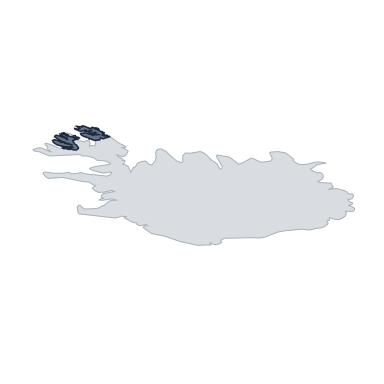 location of Ísafjarðarbær, Vestfirðir, Iceland, rotated 8°
{"feature_id": "244011B55108803715122", "entity_name": "Ísafjarðarbær", "entity_type": "district", "adm_level": 2, "iso_a3": "ISL", "parent_name": "Iceland", "parent_adm1": "Vestfirðir", "projection": "equal_earth", "projection_center": [-22.968, 66.078], "detail": "fine", "context": "in_parent", "style": "filled", "palette": "slate", "viewbox_px": 384, "rotation_deg": 8, "n_neighbors": 0, "source": "geoboundaries", "source_scale": "gbopen_adm2", "svg_char_len": 8793}
<svg xmlns="http://www.w3.org/2000/svg" viewBox="0 0 384 384"><g transform="rotate(8 192 192)"><path d="M293.3,149.5L296.7,149.6L302.2,148.5L310.0,145.3L313.3,144.6L321.0,144.6L311.9,147.7L308.6,151.1L306.2,152.8L306.3,153.5L313.0,155.6L316.1,155.0L317.5,155.2L318.9,156.2L319.9,158.2L319.5,160.2L317.7,162.3L315.3,164.0L315.7,164.5L317.8,164.8L328.6,163.8L330.0,166.3L331.1,167.1L330.8,168.0L326.7,170.7L331.7,169.0L335.7,168.5L342.6,169.4L345.5,170.4L347.3,172.1L350.7,171.6L352.4,172.6L352.5,173.6L351.2,176.5L347.3,178.0L349.9,180.1L352.0,180.1L352.4,180.6L352.3,181.9L349.2,183.3L354.6,185.0L355.3,185.6L355.2,187.5L354.4,188.5L352.8,189.2L349.1,189.3L346.9,190.0L347.7,191.1L347.3,194.3L344.5,197.0L341.9,198.4L339.2,199.3L331.6,198.3L332.1,200.5L329.5,201.9L330.1,203.1L331.1,203.7L330.7,205.2L327.5,208.3L325.2,209.4L320.4,210.6L313.6,213.4L306.5,213.4L289.4,217.5L282.6,219.7L270.7,226.4L265.6,228.1L256.7,229.0L230.2,233.4L227.3,236.0L227.2,236.6L228.4,237.6L226.5,239.5L222.5,240.8L220.6,240.8L217.2,239.7L216.8,240.2L218.2,241.7L205.1,244.0L186.9,242.7L170.7,239.5L157.9,238.8L148.8,234.2L148.6,233.5L149.5,232.2L152.7,231.6L151.2,230.2L145.8,232.6L144.0,232.5L141.7,231.5L141.6,230.6L137.0,230.2L129.2,227.3L128.6,226.7L130.4,225.8L130.1,225.6L125.8,225.7L119.7,228.4L83.2,229.4L82.0,228.0L80.4,222.8L81.7,220.7L83.2,220.9L87.5,223.8L97.3,222.2L101.2,221.1L104.9,218.3L106.9,217.4L109.9,213.8L112.8,211.6L119.0,210.6L113.5,210.0L104.3,212.8L101.2,212.8L102.7,211.6L105.8,210.2L103.6,210.1L102.8,209.4L102.7,208.1L104.3,206.0L115.1,202.3L112.5,201.5L105.1,204.4L99.6,205.4L95.1,204.1L93.0,202.3L93.1,201.6L95.7,199.3L95.3,198.9L93.5,198.7L88.7,196.6L81.1,196.8L62.2,195.6L48.0,198.5L44.6,197.1L41.9,194.3L42.4,193.2L44.9,192.6L51.9,192.7L62.1,191.3L66.7,189.7L68.5,190.1L69.4,190.9L75.7,189.6L79.0,188.2L84.7,188.9L105.9,188.1L108.6,186.2L109.7,184.0L109.2,183.5L101.4,185.6L99.6,185.5L90.6,184.4L87.4,183.2L88.4,182.2L93.2,180.1L105.3,176.5L107.0,175.8L107.2,174.9L102.3,173.4L93.2,173.8L90.9,172.0L83.3,171.0L78.3,171.6L75.6,170.5L45.8,176.2L36.2,173.6L29.3,173.2L28.7,172.4L32.7,169.9L35.5,169.4L38.2,169.6L43.5,171.4L47.1,171.9L42.6,169.4L42.4,166.9L41.0,166.3L39.6,164.7L40.2,164.1L45.6,164.5L54.3,167.3L58.6,166.8L64.2,165.0L51.7,164.0L47.9,161.8L50.7,160.6L57.1,160.8L49.9,157.0L49.6,156.3L50.8,154.6L59.8,156.1L55.1,153.8L54.9,153.3L56.3,152.9L57.0,151.5L59.3,151.0L63.8,151.5L70.8,154.1L71.8,154.8L72.1,157.4L74.9,157.0L78.2,157.4L80.9,155.6L82.8,156.0L84.3,157.6L84.1,161.2L86.0,159.9L89.3,159.8L89.8,156.9L89.1,154.6L78.4,151.9L74.2,150.0L74.7,149.3L76.8,148.7L87.9,148.3L83.1,147.1L82.0,146.0L73.5,146.4L69.2,145.9L69.1,145.3L70.8,144.5L76.0,142.7L85.7,142.5L89.6,143.0L97.2,147.0L103.2,148.6L113.4,154.0L119.9,156.0L120.2,156.6L119.2,157.2L116.7,157.9L120.5,158.9L122.9,160.3L123.1,160.9L121.0,165.3L118.6,166.7L112.6,165.9L114.0,167.3L118.3,168.8L119.3,169.6L118.7,170.4L120.7,170.2L121.4,170.6L120.5,173.1L119.4,174.0L123.0,174.5L125.5,175.8L128.6,180.9L130.1,177.0L130.9,175.5L132.4,175.0L134.1,171.0L138.1,168.7L141.8,167.8L145.7,170.6L148.5,170.9L151.3,166.0L151.6,162.5L150.6,158.6L151.1,155.8L152.9,154.1L155.4,153.6L160.8,155.3L165.4,159.1L172.3,163.3L177.1,164.4L177.9,164.3L178.7,162.9L177.8,157.4L179.9,154.4L185.4,153.7L193.7,151.0L195.7,150.9L199.9,152.5L207.5,158.0L212.9,160.6L215.9,164.7L217.2,165.5L218.3,164.2L218.3,162.4L211.5,153.8L211.4,152.7L211.9,151.8L223.5,152.2L226.1,153.2L234.4,158.0L238.2,156.0L245.7,150.3L248.4,150.5L255.2,152.8L257.8,152.6L265.5,150.5L267.0,147.9L263.4,142.5L264.7,141.4L271.8,140.0L279.6,140.3L288.0,145.3L288.5,147.6L293.3,149.5Z" fill="#d9dde1" stroke="#a8b0b8" stroke-width="1"/><path d="M56.6,151.1L55.6,151.7L54.8,151.9L54.8,152.1L55.0,152.2L56.6,152.2L57.2,152.3L57.2,152.5L58.6,152.6L59.2,152.8L59.7,153.3L61.2,153.8L61.9,154.2L59.7,153.6L58.4,153.0L56.5,152.5L55.6,152.9L53.7,153.0L53.1,153.0L53.5,153.6L55.2,154.2L56.4,154.8L57.3,155.1L57.5,155.4L57.6,155.2L58.1,155.2L60.1,155.9L60.5,156.1L60.6,156.4L60.8,156.6L60.7,156.9L61.0,156.9L61.2,157.0L61.3,157.1L62.0,157.3L61.8,157.3L62.0,157.3L61.8,157.3L61.1,157.3L60.8,157.3L60.3,157.1L60.0,157.1L59.9,156.9L60.1,156.9L60.3,157.0L60.2,156.6L60.5,156.4L60.1,156.6L59.8,156.2L60.0,156.0L59.9,156.0L59.7,156.0L59.8,156.2L59.7,156.2L59.4,156.3L55.7,155.7L52.7,154.9L51.7,155.0L50.1,154.6L49.4,154.7L48.9,155.2L48.8,155.5L48.4,155.7L48.4,155.9L48.9,156.3L48.6,156.6L49.3,156.8L50.2,157.5L51.0,157.9L51.5,158.0L52.0,158.3L53.6,159.0L54.7,159.3L54.9,159.6L55.8,159.9L56.5,160.0L57.1,160.2L58.4,160.2L58.1,160.1L59.4,160.5L59.6,160.8L59.5,161.0L59.9,160.9L60.8,161.1L62.8,161.2L63.3,161.3L63.3,161.5L63.4,161.4L64.1,161.6L64.5,161.6L65.1,161.8L66.5,161.9L67.3,162.2L65.6,162.2L63.0,161.7L63.3,161.6L63.0,161.7L62.4,161.5L61.8,161.7L61.0,161.6L60.3,161.4L60.1,161.5L59.4,161.5L58.6,161.2L58.1,160.8L58.1,160.7L57.3,160.7L56.0,161.0L55.2,161.0L54.6,160.7L54.0,160.7L53.7,160.2L50.6,159.6L48.7,159.3L47.9,159.6L47.7,159.6L47.2,160.1L47.3,160.1L47.1,160.4L46.9,160.5L47.2,161.1L47.7,161.5L47.9,161.7L47.8,161.9L48.0,162.1L48.1,162.3L51.6,164.0L52.6,164.1L56.8,164.8L57.1,164.8L57.5,164.7L60.5,164.8L63.0,164.5L64.2,164.6L65.9,164.0L66.7,163.9L67.2,164.0L67.6,164.2L66.9,164.5L66.1,164.6L65.6,164.8L65.9,165.0L66.4,165.1L66.4,165.3L66.3,165.5L64.8,165.3L62.7,165.3L61.6,165.7L58.2,165.7L56.8,166.0L57.3,166.1L57.7,166.5L59.1,167.0L59.6,167.0L60.7,166.3L62.7,166.9L64.8,166.9L66.6,166.3L69.0,166.8L70.2,166.6L71.4,166.5L71.9,166.4L72.6,165.6L73.4,164.9L73.5,164.5L73.4,164.0L72.8,163.5L72.5,162.9L71.8,162.4L71.3,161.7L69.4,160.9L68.7,160.2L68.5,159.8L67.2,158.9L67.1,158.5L67.1,158.1L67.6,157.6L67.3,157.4L68.2,157.1L68.3,157.0L68.9,156.8L69.1,156.1L71.0,155.8L71.5,155.6L72.4,154.9L72.4,154.6L72.9,154.2L72.3,153.8L71.4,153.6L69.5,154.7L68.2,155.1L68.3,155.2L68.1,155.1L68.3,155.2L67.9,155.4L67.8,155.1L68.1,155.1L67.5,154.8L69.0,154.5L68.8,154.7L68.9,154.8L69.2,154.6L69.3,154.7L69.0,154.3L69.6,153.5L69.1,153.3L69.1,152.9L68.4,152.4L66.9,152.7L66.8,152.9L67.0,153.2L66.9,153.4L66.4,153.5L65.4,153.5L65.2,153.8L64.5,154.1L64.5,154.3L64.2,154.4L62.6,153.8L61.3,152.7L57.8,151.8L57.5,151.4L56.6,151.1ZM103.3,148.2L101.8,148.6L100.1,148.6L99.6,148.3L99.6,148.1L100.0,147.6L99.8,147.5L99.5,147.6L99.0,148.0L98.8,148.3L98.3,148.6L98.1,148.8L97.7,148.7L98.1,148.5L98.2,148.2L98.1,147.9L97.8,147.8L96.1,148.5L95.5,148.4L95.3,148.2L96.3,147.2L95.4,147.0L95.3,146.8L95.9,146.5L96.5,146.1L96.6,145.9L95.2,146.1L94.9,145.9L94.7,145.6L95.3,145.3L94.0,145.1L94.3,144.8L93.2,144.7L92.9,144.5L92.2,144.4L91.9,144.2L91.5,144.2L91.4,144.0L91.3,143.8L90.9,143.5L90.7,143.5L90.8,143.4L90.7,143.4L90.7,143.0L90.5,142.7L90.2,142.4L90.3,142.2L88.6,141.9L88.3,141.9L89.2,142.6L89.2,143.0L88.9,143.1L88.0,143.2L87.7,143.1L87.5,142.9L86.9,143.0L86.8,142.9L86.8,142.6L86.6,142.4L86.0,142.3L85.2,141.9L84.4,141.8L83.9,142.0L84.3,142.4L84.2,142.6L83.6,142.8L83.3,142.9L83.1,143.2L82.7,143.4L82.0,143.5L81.0,143.4L80.8,143.2L80.7,142.9L80.4,142.8L78.7,142.5L78.4,142.6L77.3,142.0L76.4,141.9L74.6,141.7L74.0,141.8L74.0,142.0L74.8,142.2L74.8,142.5L74.0,142.9L72.0,142.8L71.6,143.0L71.4,143.3L71.2,143.3L69.7,142.8L68.6,143.0L69.4,143.4L70.8,144.3L71.3,144.4L71.7,144.3L72.1,144.4L72.2,144.6L72.2,144.9L71.8,145.3L70.9,145.5L70.7,145.7L70.1,145.8L69.7,145.8L69.2,145.6L67.3,145.3L66.9,145.3L66.9,145.6L67.2,145.9L68.2,146.3L70.2,146.7L71.9,147.3L73.5,147.2L73.7,147.3L74.5,147.0L75.6,146.8L76.3,146.5L76.2,146.3L76.4,146.2L76.5,145.9L78.4,145.5L79.1,145.0L78.8,145.6L77.8,145.9L77.5,146.6L77.5,146.8L78.9,146.8L79.9,146.6L80.8,146.3L81.5,145.8L81.7,145.4L82.0,145.3L84.3,145.0L84.4,145.3L84.2,145.4L83.0,145.5L82.6,145.6L82.4,145.8L82.5,145.9L82.4,146.2L81.3,147.1L82.8,147.6L85.0,147.7L86.6,147.1L87.0,146.7L87.3,146.6L87.3,146.3L87.1,146.2L88.1,146.3L87.8,146.5L88.0,146.6L87.9,146.8L88.8,146.9L87.9,147.1L86.9,147.6L85.9,147.7L85.9,147.9L85.4,148.2L85.7,148.3L88.1,148.3L90.3,148.0L90.7,148.1L91.2,148.1L91.5,148.2L90.6,148.4L90.1,148.4L89.7,148.6L88.7,148.7L87.0,148.8L86.9,148.9L86.9,149.1L85.7,148.9L85.6,149.3L86.0,149.5L85.7,149.8L84.9,149.5L84.5,149.1L84.1,149.0L83.9,149.0L82.4,149.1L79.7,148.4L78.3,148.4L76.6,148.6L76.2,148.8L76.5,148.9L76.3,149.1L75.5,149.0L73.8,149.3L73.4,149.4L73.4,149.7L73.9,150.4L74.6,151.0L76.2,151.7L77.6,152.1L79.1,152.2L79.5,152.5L80.9,152.6L83.0,153.2L84.9,153.4L85.2,153.5L85.5,153.9L87.2,154.3L88.2,154.4L88.7,154.5L89.2,154.2L89.8,154.1L90.1,154.1L90.5,154.1L91.3,153.6L93.0,153.4L93.5,153.2L93.8,151.0L94.8,151.3L95.4,151.2L95.6,151.4L96.2,151.7L96.8,151.6L98.4,150.8L99.1,150.3L99.2,150.2L100.6,149.8L101.2,149.6L101.3,149.3L102.3,149.1L102.3,148.8L103.3,148.2ZM82.7,153.3L82.6,153.6L82.8,153.9L82.9,153.7L83.0,153.5L82.9,153.5L83.0,153.5L82.7,153.3ZM61.6,157.2L61.2,157.2L61.6,157.3L61.6,157.2Z" fill="#64748b" stroke="#1e293b" stroke-width="1.5"/></g></svg>